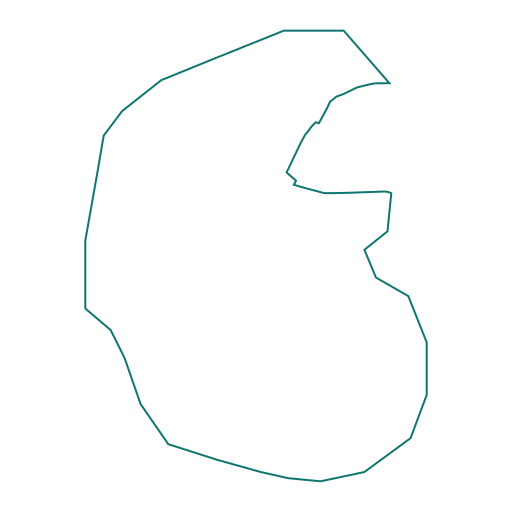 the district of Kumasi Metropolitan, Ashanti, Ghana
{"feature_id": "2480657B53854728613413", "entity_name": "Kumasi Metropolitan", "entity_type": "district", "adm_level": 2, "iso_a3": "GHA", "parent_name": "Ghana", "parent_adm1": "Ashanti", "projection": "equal_earth", "projection_center": [-1.615, 6.69], "detail": "fine", "context": "isolated", "style": "outline", "palette": "teal", "viewbox_px": 512, "rotation_deg": 0, "n_neighbors": 0, "source": "geoboundaries", "source_scale": "gbopen_adm2", "svg_char_len": 736}
<svg xmlns="http://www.w3.org/2000/svg" viewBox="0 0 512 512"><path d="M389.4,83.2L343.7,30.7L283.7,30.7L214.5,58.5L161.4,80.1L122.2,111.0L103.7,135.6L96.8,175.8L85.3,240.6L85.3,308.5L110.7,330.1L124.5,357.8L140.6,404.1L168.3,444.2L216.8,459.7L260.6,472.0L288.3,478.2L320.6,481.3L364.4,472.0L410.6,438.1L426.7,394.9L426.7,342.4L408.3,296.1L376.0,277.6L364.4,249.8L387.5,231.3L391.3,193.2L388.1,192.0L384.7,191.5L348.2,192.8L334.3,193.1L324.2,193.1L316.2,191.0L304.9,188.0L293.9,184.8L296.0,180.6L286.6,172.5L300.8,142.6L305.2,134.7L307.9,131.5L311.2,127.0L315.6,122.3L318.9,123.2L327.6,107.1L330.0,101.7L336.5,96.6L343.3,94.1L356.9,87.5L363.5,85.8L372.9,83.6L376.7,83.3L389.4,83.2Z" fill="none" stroke="#0f766e" stroke-width="2"/></svg>